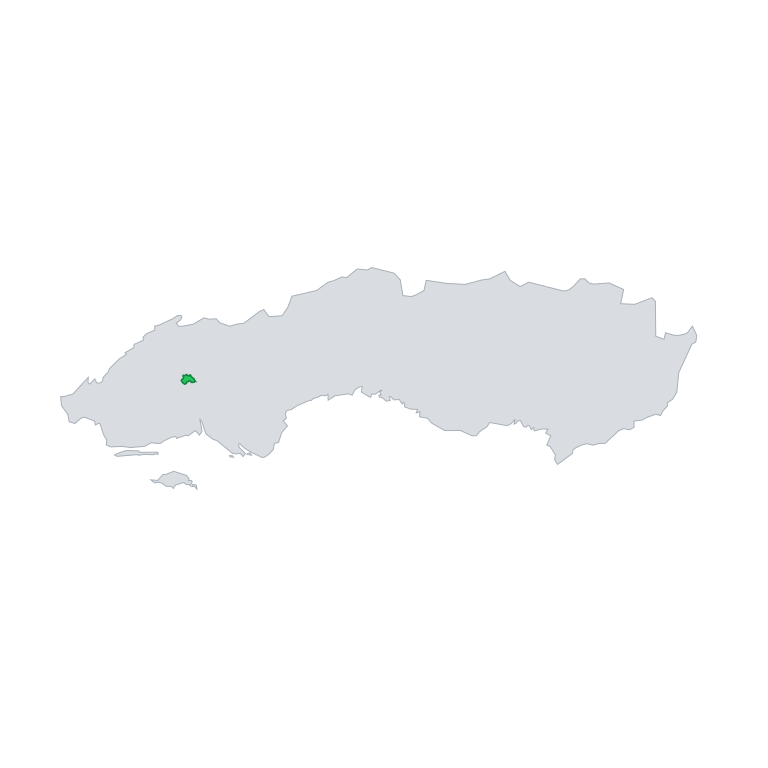 location of Töreboda, Västra Götaland, Sweden, rotated 70°
{"feature_id": "70781695B31041938637991", "entity_name": "Töreboda", "entity_type": "district", "adm_level": 2, "iso_a3": "SWE", "parent_name": "Sweden", "parent_adm1": "Västra Götaland", "projection": "mercator", "projection_center": [14.213, 58.696], "detail": "fine", "context": "in_parent", "style": "filled", "palette": "green", "viewbox_px": 768, "rotation_deg": 70, "n_neighbors": 0, "source": "geoboundaries", "source_scale": "gbopen_adm2", "svg_char_len": 4525}
<svg xmlns="http://www.w3.org/2000/svg" viewBox="0 0 768 768"><g transform="rotate(70 384 384)"><path d="M254.1,553.1L255.8,558.2L259.4,557.5L260.8,553.8L262.6,542.8L260.2,530.5L263.3,526.2L265.4,519.3L270.3,517.3L276.9,509.3L277.5,501.0L279.0,494.9L273.3,476.2L272.9,471.5L281.4,469.0L285.0,456.4L279.1,448.2L270.0,440.4L273.1,415.4L269.2,401.7L269.7,395.8L269.0,386.8L271.3,383.1L266.8,369.8L271.2,360.5L270.4,355.7L283.2,336.7L291.7,333.1L307.4,336.0L311.2,328.4L311.3,324.3L309.9,314.5L301.0,308.9L310.7,291.1L318.2,273.6L319.7,256.4L321.4,249.0L319.5,231.9L329.8,229.9L339.0,222.8L337.8,213.2L358.1,183.5L358.8,178.2L357.2,173.0L352.4,163.6L353.8,159.3L359.2,156.8L361.9,152.7L366.0,138.0L377.2,126.5L389.5,134.2L394.9,121.1L394.6,102.6L399.1,100.7L432.1,112.3L437.7,105.5L432.1,101.9L437.7,94.4L439.3,89.8L439.9,84.4L439.7,81.4L435.1,74.4L445.6,73.5L451.3,76.8L451.8,81.0L474.1,103.1L491.9,111.7L497.0,117.9L498.7,124.6L501.5,125.0L504.8,131.3L508.2,134.8L505.4,139.1L505.3,148.9L506.2,153.4L504.4,161.8L510.2,163.8L511.0,168.9L507.9,174.0L508.2,179.6L515.4,196.5L513.5,201.9L512.9,208.7L509.5,213.7L508.9,218.9L509.5,225.5L510.5,228.7L513.8,230.9L518.9,248.4L513.4,249.5L509.3,247.2L499.5,249.3L497.1,251.9L489.7,245.0L485.4,248.9L482.5,245.5L480.2,251.1L479.5,258.8L476.0,258.2L477.3,261.1L472.5,262.1L472.2,263.3L473.2,265.2L471.7,267.5L465.2,268.3L464.3,270.8L466.2,273.7L466.1,275.6L462.0,272.8L464.8,278.3L465.4,282.3L456.3,297.9L459.3,301.9L461.6,310.7L464.2,314.6L463.1,318.6L453.8,328.2L448.5,342.9L437.0,352.6L430.9,355.0L427.0,361.8L422.4,359.7L422.2,363.6L419.3,361.2L416.9,367.2L412.7,372.3L408.2,371.4L407.7,372.2L409.0,373.7L403.8,375.0L402.2,380.3L398.4,381.7L397.7,383.3L401.6,383.7L400.8,387.9L396.4,390.1L394.8,392.8L392.8,392.7L393.2,390.6L390.2,390.7L389.3,388.3L388.7,389.0L390.7,395.9L389.2,398.6L392.0,401.3L383.9,408.0L379.0,405.4L378.3,407.5L379.4,413.2L383.6,417.8L381.1,420.7L378.3,434.0L380.1,442.0L374.6,440.2L375.0,443.2L373.2,446.7L373.9,451.8L373.4,455.1L374.6,458.2L373.9,459.6L374.7,473.6L376.3,479.6L375.7,484.3L378.0,486.9L382.8,487.4L384.2,491.3L390.3,489.0L394.6,496.7L402.8,503.1L402.3,507.3L407.6,510.4L410.6,516.1L411.8,520.8L411.4,523.7L403.2,531.6L397.0,536.8L390.5,540.0L390.8,541.3L394.0,541.8L401.8,538.0L404.0,541.3L399.8,542.8L399.0,547.3L397.2,550.2L380.0,560.3L377.7,563.4L370.0,568.4L356.3,568.1L354.2,569.1L366.1,571.2L368.9,574.9L363.3,577.2L365.7,585.9L364.3,588.0L364.2,597.5L362.1,597.7L361.3,601.6L362.3,611.1L363.3,613.7L362.8,616.4L359.6,622.7L360.7,630.3L357.0,643.9L352.9,651.8L349.7,662.2L346.2,665.8L342.0,663.6L335.8,664.9L324.5,664.4L323.1,665.5L323.9,669.2L319.9,668.7L312.7,676.7L312.5,680.5L315.4,687.9L311.9,692.7L304.2,691.5L294.2,694.5L285.2,692.1L286.3,689.6L287.0,679.8L276.6,659.6L281.4,661.7L283.4,660.6L280.4,654.0L284.6,653.6L285.9,651.2L285.1,647.4L281.7,645.7L278.7,639.6L275.5,636.4L269.9,624.2L267.9,615.8L266.0,616.6L264.3,606.8L261.3,605.3L260.6,595.3L257.4,594.2L255.4,589.6L255.0,580.9L251.2,579.7L251.7,575.5L250.4,559.9L249.1,555.0L250.1,551.4L252.2,551.1L254.1,553.1ZM413.6,600.7L411.8,601.6L410.8,604.3L408.1,605.7L407.6,614.4L410.1,617.6L407.5,619.1L405.7,623.6L401.1,626.7L399.3,629.5L398.3,633.7L394.3,635.9L397.2,629.7L393.4,622.5L394.4,619.9L394.1,611.5L402.4,600.9L406.2,599.6L407.9,600.8L408.7,598.2L409.9,597.6L413.6,600.7ZM360.7,659.6L358.7,661.4L358.1,658.9L358.3,649.2L362.8,637.6L364.8,636.6L370.4,620.7L371.0,619.7L372.9,620.6L371.5,622.2L371.6,624.9L368.1,633.4L367.1,638.9L365.9,640.3L360.7,659.6ZM415.2,597.3L414.8,599.7L412.8,597.7L414.8,595.0L418.8,595.7L415.2,597.3ZM405.7,532.9L403.1,536.8L402.5,535.2L403.1,533.2L405.7,532.9ZM399.9,553.4L398.5,553.7L399.5,551.0L401.3,550.4L399.9,553.4Z" fill="#d9dde1" stroke="#a8b0b8" stroke-width="1"/><path d="M317.4,561.8L317.2,561.5L316.9,561.3L316.7,560.8L316.8,560.6L317.0,560.3L315.4,560.7L313.9,560.8L313.1,561.5L312.3,562.0L311.9,562.1L311.5,562.3L310.6,562.6L309.5,562.7L309.1,563.2L309.9,563.6L309.8,564.3L309.1,565.3L308.5,565.7L307.9,565.9L307.5,566.4L307.8,566.6L308.2,567.3L307.8,567.8L307.9,568.5L307.6,568.9L307.1,569.7L307.7,570.2L308.4,570.1L309.1,570.1L309.8,570.3L310.2,570.8L310.4,572.0L310.9,572.7L311.2,573.2L312.3,573.2L312.9,573.0L313.7,572.9L314.5,572.4L314.8,572.1L315.5,571.8L315.9,571.6L316.0,570.6L315.8,569.4L315.0,569.2L314.5,568.9L314.5,568.5L314.6,568.0L314.9,567.2L314.7,566.5L314.3,566.1L314.4,565.6L314.8,565.0L315.3,564.8L316.2,564.7L317.0,563.9L317.1,562.6L317.4,561.8Z" fill="#22c55e" stroke="#15803d" stroke-width="1.5"/></g></svg>